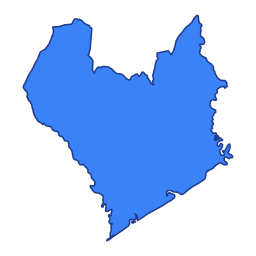 Maganja Da Costa, Zambezia, Mozambique
{"feature_id": "85939544B26352047498043", "entity_name": "Maganja Da Costa", "entity_type": "district", "adm_level": 2, "iso_a3": "MOZ", "parent_name": "Mozambique", "parent_adm1": "Zambezia", "projection": "natural_earth1", "projection_center": [37.468, -17.344], "detail": "fine", "context": "isolated", "style": "filled", "palette": "blue", "viewbox_px": 256, "rotation_deg": 0, "n_neighbors": 0, "source": "geoboundaries", "source_scale": "gbopen_adm2", "svg_char_len": 5808}
<svg xmlns="http://www.w3.org/2000/svg" viewBox="0 0 256 256"><path d="M227.2,163.8L226.8,162.5L224.6,161.1L224.4,160.6L224.2,158.3L224.8,157.1L225.9,157.1L229.2,158.7L230.7,157.7L232.3,157.6L232.7,157.0L232.5,156.2L231.7,155.2L229.8,154.2L228.0,152.6L228.1,151.9L229.3,150.6L230.0,147.4L230.1,145.7L229.8,144.6L229.6,144.1L229.1,144.1L228.2,145.0L227.1,146.5L224.8,150.9L223.2,150.6L222.8,150.9L222.7,151.8L224.0,152.8L224.2,153.3L224.3,154.4L223.8,155.1L222.8,155.4L221.1,155.1L219.7,151.5L219.6,150.6L221.7,148.3L222.5,146.2L222.5,144.7L221.6,143.6L220.7,143.5L220.2,144.1L219.1,146.2L218.4,146.5L217.5,145.7L217.2,143.8L217.8,142.5L219.4,141.0L220.7,140.6L222.4,140.5L222.6,140.0L221.2,138.6L219.7,137.7L217.7,139.6L215.2,140.4L214.7,140.2L214.6,139.2L214.9,138.4L216.5,139.0L217.3,138.6L218.2,137.9L218.4,136.9L218.3,136.1L217.6,135.7L216.1,137.2L215.0,137.1L214.8,136.8L215.1,136.0L216.6,135.3L216.6,134.5L216.1,133.1L215.4,132.8L213.9,133.5L212.5,132.6L211.4,130.5L210.8,130.1L210.9,129.3L212.4,128.6L212.4,127.8L211.7,126.9L211.8,126.2L212.0,125.7L212.6,125.6L212.6,124.8L213.2,124.3L213.3,123.8L213.2,122.8L211.9,121.8L212.0,121.3L212.4,121.1L212.4,120.1L213.1,119.6L213.0,118.9L212.5,117.9L212.4,116.7L213.7,114.7L214.0,113.5L214.4,113.4L214.9,112.6L215.6,112.4L215.7,110.6L215.6,110.1L211.9,108.4L210.9,107.1L210.4,105.6L209.7,104.7L210.1,103.6L210.4,101.5L211.7,100.2L212.7,99.5L215.2,100.4L216.4,99.9L216.4,99.3L215.5,96.8L215.2,96.1L214.7,95.8L214.7,95.4L214.9,94.8L217.1,92.5L217.3,91.3L216.8,90.2L217.2,89.2L220.3,87.2L222.5,86.5L223.8,86.8L224.8,88.0L225.4,88.1L225.8,87.1L227.0,86.7L227.3,86.3L226.5,84.1L226.8,82.5L225.3,80.8L224.6,80.5L221.3,80.4L220.1,80.0L219.5,79.3L217.5,77.9L215.2,73.5L214.7,72.2L214.7,71.2L213.8,70.5L213.3,69.5L213.6,68.1L213.4,67.1L213.0,66.1L212.1,65.5L211.7,64.3L208.4,62.3L207.1,60.6L206.0,58.0L202.4,56.3L201.4,55.4L199.7,53.4L199.6,52.2L200.1,51.0L200.0,49.6L200.9,48.4L201.0,47.9L201.0,47.0L199.9,45.6L199.8,44.6L200.3,44.0L202.1,44.6L203.7,44.0L204.4,42.9L204.6,41.3L203.7,38.4L200.7,36.0L200.5,35.5L200.4,34.5L201.1,30.5L200.5,28.5L200.5,27.7L201.9,25.6L201.9,25.1L200.8,23.8L199.3,23.0L199.1,22.5L198.4,18.4L198.3,16.0L197.5,15.4L196.7,15.4L194.0,18.4L191.9,22.3L188.8,25.2L187.2,26.2L184.3,29.2L182.9,31.5L180.2,34.4L178.2,37.0L176.3,40.5L175.6,43.0L175.3,45.3L173.2,51.4L172.3,53.0L171.1,54.6L168.3,50.7L157.1,53.1L157.0,56.6L157.9,57.9L158.1,58.6L156.2,61.0L155.9,62.8L155.1,64.9L155.0,67.2L152.7,75.7L153.2,77.1L153.5,78.9L153.4,79.8L152.7,81.0L152.6,82.0L153.7,84.7L152.6,84.7L151.6,84.0L150.0,81.1L148.9,79.9L148.6,78.9L147.7,77.9L147.4,76.2L147.0,75.5L145.4,74.6L144.3,73.1L142.8,72.0L142.4,72.0L141.8,72.5L140.6,75.2L139.3,76.1L138.5,76.1L137.6,74.5L137.2,74.1L136.5,74.1L135.5,74.3L134.0,75.6L132.3,76.2L131.6,76.7L130.1,79.4L129.3,80.0L127.8,79.5L126.3,78.5L123.6,75.6L122.1,74.5L120.2,73.8L116.4,73.5L111.5,68.8L108.3,66.9L104.0,66.4L102.5,66.6L100.8,67.4L98.1,67.2L97.3,67.8L96.1,69.4L95.1,71.3L94.5,73.1L93.0,71.5L92.6,69.2L92.5,67.0L93.0,61.3L91.7,58.8L89.5,56.4L88.2,55.4L88.8,54.2L90.2,48.5L91.8,28.4L90.0,27.2L89.5,25.6L87.1,24.8L84.3,23.2L81.5,20.3L80.2,19.9L79.6,19.3L78.1,19.6L76.9,19.0L75.1,19.0L74.4,19.1L72.1,23.5L71.3,24.2L64.9,24.8L59.4,26.5L55.6,26.8L54.3,26.6L52.7,27.3L53.5,30.5L53.1,34.0L51.6,37.0L51.2,38.9L48.9,44.1L45.6,48.7L43.6,50.2L41.3,51.3L40.3,52.3L39.7,53.4L37.6,59.2L35.3,62.8L32.7,68.4L28.0,76.5L25.2,82.9L24.1,84.5L23.5,86.5L23.3,87.4L24.2,89.0L25.5,90.7L27.2,92.1L27.5,93.8L27.0,96.4L27.1,97.2L27.9,98.6L28.8,100.8L30.3,101.7L31.9,105.4L32.1,107.6L32.9,109.4L33.3,112.1L34.0,113.5L34.2,115.1L34.8,115.8L35.4,117.4L36.5,118.5L37.8,121.1L41.8,123.4L42.8,124.5L43.5,124.3L43.9,123.5L44.2,123.4L44.8,123.9L45.7,125.5L46.3,125.8L51.1,126.9L51.6,127.6L51.8,128.5L52.5,129.7L53.4,130.4L54.8,131.1L57.7,131.6L58.2,132.4L59.1,135.5L59.8,136.0L61.9,136.6L62.6,137.0L64.8,140.8L67.1,141.0L68.1,141.8L68.7,143.4L68.7,145.3L69.2,147.2L69.5,147.7L70.4,148.4L71.9,150.9L72.9,156.5L73.6,158.6L74.6,159.6L76.7,160.1L78.0,160.8L79.1,163.6L79.8,164.6L80.6,164.8L83.3,164.7L84.2,165.1L85.5,167.1L87.0,168.2L87.7,169.1L88.1,172.4L88.5,172.9L90.9,174.2L91.6,178.1L94.3,180.9L94.9,182.6L94.7,185.1L94.2,185.6L93.7,185.7L90.5,185.6L90.2,186.6L90.7,187.6L93.1,191.0L94.5,192.3L95.7,192.8L98.8,193.0L101.7,194.9L103.2,196.3L103.4,197.5L102.8,199.7L103.4,202.5L101.6,205.6L101.5,206.3L101.7,206.8L102.1,207.1L102.8,207.1L104.7,204.0L105.3,203.8L106.1,204.7L106.2,205.4L105.6,210.0L105.7,210.9L106.6,211.4L107.9,211.4L110.6,209.6L111.7,209.3L111.9,211.3L111.0,213.6L111.3,214.9L111.3,215.5L110.7,215.9L110.2,215.8L109.1,214.6L108.6,215.0L108.8,216.4L109.7,217.8L110.0,218.8L108.9,221.8L110.0,223.8L110.8,224.0L111.9,223.3L112.2,224.0L111.4,224.8L111.1,225.8L111.0,227.5L111.4,229.3L110.2,233.4L110.2,236.6L110.3,236.9L111.3,236.6L112.6,235.6L113.1,235.5L112.7,236.4L111.7,237.2L110.0,237.9L107.1,239.7L107.0,240.6L109.5,239.5L113.2,236.5L118.2,233.3L128.5,225.9L129.5,224.2L129.4,221.1L129.9,219.9L130.5,219.5L131.5,219.4L134.2,219.9L135.3,219.5L135.7,219.0L136.1,218.3L136.3,217.1L135.4,214.4L136.6,215.4L137.0,216.1L137.4,217.6L137.4,220.1L137.5,220.4L137.9,220.3L143.4,216.9L147.2,214.1L162.0,206.0L167.9,202.1L170.7,200.7L174.5,197.7L174.9,196.4L174.6,195.2L174.1,194.6L170.9,193.5L169.7,192.7L168.5,193.0L167.8,193.7L167.0,196.4L166.4,193.6L166.7,191.6L167.3,191.0L169.2,190.4L170.9,190.5L172.7,191.7L177.8,192.3L180.7,194.3L181.7,194.5L182.5,194.4L184.0,193.4L191.4,187.4L198.4,183.4L204.5,179.3L205.1,178.5L205.5,177.5L205.9,173.4L206.4,172.4L207.2,171.6L207.2,171.0L208.1,171.1L209.7,169.8L212.6,168.6L215.7,165.5L219.1,163.0L220.9,163.0L223.4,164.5L224.5,164.8L226.7,164.7L227.2,163.8ZM134.8,221.3L131.9,221.5L131.4,221.9L131.9,222.8L132.8,223.1L135.4,221.9L134.8,221.3Z" fill="#3b82f6" stroke="#1e3a8a" stroke-width="1.5"/></svg>